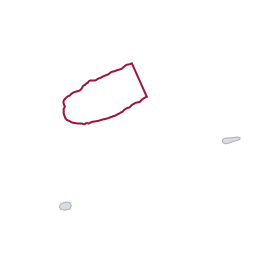 location of South Ari, Maldives, rotated 64°
{"feature_id": "70690204B29165248779959", "entity_name": "South Ari", "entity_type": "district", "adm_level": 2, "iso_a3": "MDV", "parent_name": "Maldives", "parent_adm1": "", "projection": "equal_earth", "projection_center": [72.841, 3.685], "detail": "fine", "context": "in_parent", "style": "outline", "palette": "rose", "viewbox_px": 256, "rotation_deg": 64, "n_neighbors": 0, "source": "geoboundaries", "source_scale": "gbopen_adm2", "svg_char_len": 3351}
<svg xmlns="http://www.w3.org/2000/svg" viewBox="0 0 256 256"><g transform="rotate(64 128 128)"><path d="M185.0,47.3L182.5,49.1L180.3,48.4L179.5,46.1L180.6,42.8L182.5,38.6L183.8,34.0L185.8,31.6L187.2,32.4L187.1,35.0L186.4,38.5L185.9,43.1L185.0,47.3ZM171.6,224.1L168.6,224.4L166.7,221.2L167.1,216.5L169.5,213.2L173.1,213.0L175.3,215.9L174.2,220.5L171.6,224.1Z" fill="#d9dde1" stroke="#a8b0b8" stroke-width="1"/><path d="M71.6,96.2L71.6,96.7L71.5,97.3L71.4,97.8L71.4,98.4L71.3,99.1L71.1,99.8L70.9,100.3L70.7,101.0L70.6,101.6L70.7,102.3L70.8,102.8L70.8,103.4L71.1,104.4L71.2,104.9L71.3,105.4L71.5,105.8L71.7,106.5L71.8,107.0L71.9,107.4L72.0,107.9L72.0,108.3L71.9,108.7L71.9,109.1L71.7,109.7L71.6,110.4L71.5,111.1L71.3,112.1L71.2,112.6L71.1,113.4L71.2,114.4L71.1,115.2L70.9,115.9L70.7,116.8L70.5,117.6L70.4,118.3L70.5,119.3L70.6,120.0L70.8,120.6L70.9,121.2L71.0,122.2L71.1,123.0L71.0,123.9L70.8,125.5L70.8,126.5L70.7,127.5L70.7,128.3L70.8,129.6L70.8,130.6L70.7,131.9L70.6,132.9L70.6,133.6L70.7,134.5L70.8,135.0L70.9,135.5L70.9,136.0L70.9,136.5L70.7,137.1L70.4,137.7L69.9,138.7L69.4,139.9L68.8,140.8L68.8,142.5L69.1,143.4L69.7,144.2L69.7,145.0L69.7,146.0L70.1,147.1L70.4,147.9L70.4,148.7L70.4,149.6L70.6,150.3L71.1,150.8L71.7,151.5L72.2,152.4L72.6,153.1L72.9,154.1L73.1,154.9L73.1,155.3L73.0,156.5L72.9,157.2L72.7,157.8L72.6,158.4L72.4,159.3L72.2,160.3L72.2,161.5L72.2,162.6L72.4,163.3L72.7,164.7L73.2,165.6L73.3,166.3L73.2,167.1L73.2,167.7L73.2,168.3L73.4,169.4L73.7,170.5L74.0,171.3L74.3,172.1L74.6,172.7L75.0,173.4L75.5,174.0L76.1,174.5L76.8,174.9L77.6,175.0L78.5,175.2L79.5,175.4L80.5,175.2L81.2,175.5L81.6,175.9L82.0,176.4L82.3,177.0L82.8,177.6L83.6,177.9L84.4,178.3L85.1,178.5L86.1,179.2L86.8,179.4L87.8,179.6L88.3,179.7L88.9,179.7L89.9,179.8L90.7,179.9L91.5,179.9L92.1,180.0L92.6,179.8L93.2,179.7L93.8,179.5L94.3,179.1L94.9,178.6L95.3,178.2L95.7,177.9L96.3,177.5L96.8,177.1L97.4,176.8L98.0,176.2L98.6,175.8L99.1,175.2L99.5,174.7L99.7,174.3L100.2,173.8L100.8,172.9L101.1,172.4L101.4,172.0L101.8,171.4L102.1,170.8L102.4,170.2L102.6,169.8L102.9,169.2L103.3,168.4L103.7,167.6L104.1,167.1L104.6,166.8L105.0,166.5L105.5,165.8L105.5,164.9L105.3,164.1L105.4,163.3L105.8,162.4L106.1,162.0L106.7,161.5L106.8,160.5L106.7,159.6L106.7,158.7L106.7,157.8L106.9,157.0L107.2,156.4L107.4,155.6L107.6,154.7L107.9,154.0L108.0,153.4L108.2,152.8L108.5,151.7L108.7,151.0L108.8,149.9L108.9,149.2L109.1,148.5L109.1,147.7L109.3,146.9L109.4,146.5L109.7,145.6L109.8,144.9L110.0,144.3L110.1,143.6L110.2,143.0L110.3,142.3L110.5,141.5L110.5,140.6L110.6,139.5L110.6,138.8L110.8,138.3L110.9,137.6L110.9,137.1L110.8,136.4L110.9,135.9L111.1,135.6L111.2,135.1L111.3,134.4L111.2,133.6L111.2,133.1L111.2,132.5L111.1,132.0L111.1,131.4L111.0,130.7L111.1,130.2L111.1,129.7L111.1,129.0L111.0,128.1L110.9,127.4L111.0,126.6L110.9,125.9L110.8,125.3L110.5,124.7L110.3,124.2L110.1,123.5L110.0,123.0L109.9,122.0L109.7,121.3L109.7,120.6L109.7,120.0L109.8,119.6L110.0,118.9L110.1,118.2L110.0,117.2L109.8,116.5L109.5,115.8L109.2,115.0L109.0,114.2L108.9,113.6L108.9,112.8L108.8,111.7L108.8,111.0L108.7,110.3L108.8,109.6L109.0,108.9L109.1,108.3L109.4,107.4L109.6,106.8L109.7,106.1L109.7,105.4L109.5,105.1L109.2,104.6L109.0,104.1L108.7,103.4L108.5,102.8L108.4,101.9L108.3,101.2L108.2,100.5L108.1,99.5L108.1,98.7L108.2,98.1L108.2,97.4L71.6,96.2Z" fill="none" stroke="#9f1239" stroke-width="2"/></g></svg>